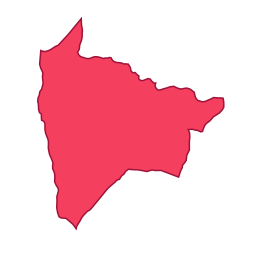 Pitangueiras, São Paulo, Brazil (Equal Earth projection), rotated 185°
{"feature_id": "56859067B99989140869249", "entity_name": "Pitangueiras", "entity_type": "district", "adm_level": 2, "iso_a3": "BRA", "parent_name": "Brazil", "parent_adm1": "São Paulo", "projection": "equal_earth", "projection_center": [-48.264, -21.003], "detail": "fine", "context": "isolated", "style": "filled", "palette": "rose", "viewbox_px": 256, "rotation_deg": 185, "n_neighbors": 0, "source": "geoboundaries", "source_scale": "gbopen_adm2", "svg_char_len": 2381}
<svg xmlns="http://www.w3.org/2000/svg" viewBox="0 0 256 256"><g transform="rotate(185 128 128)"><path d="M34.4,157.1L34.6,159.8L35.0,162.8L35.9,166.0L38.7,166.0L40.7,165.8L45.4,165.8L48.5,163.8L50.2,163.0L53.4,161.2L56.2,160.6L58.3,161.0L60.8,161.5L62.8,163.3L64.1,165.9L65.1,169.3L69.2,172.0L72.8,172.9L75.4,172.4L77.7,171.6L79.7,171.5L81.9,172.0L83.8,172.6L86.0,173.5L89.4,172.8L92.6,171.4L96.4,170.0L99.0,168.8L101.5,168.4L103.6,170.2L104.8,172.5L104.3,175.2L106.2,175.0L108.3,176.6L110.0,178.6L112.2,179.0L114.9,177.7L117.1,176.6L119.6,176.4L121.7,178.0L121.7,180.8L123.7,182.0L125.8,183.9L127.9,183.4L130.0,185.1L130.9,188.4L133.2,191.6L135.7,191.7L137.7,191.4L140.1,192.2L142.9,192.3L145.2,192.3L147.4,192.9L149.2,193.8L151.0,196.5L152.8,196.6L154.6,195.8L156.6,195.8L158.4,195.1L160.7,195.6L163.9,196.2L167.0,196.2L169.3,195.4L172.1,193.9L175.5,193.6L178.5,194.3L181.4,195.0L183.4,196.5L184.8,199.1L183.4,202.2L183.3,206.7L182.0,211.2L181.6,215.0L181.9,218.1L181.9,221.4L183.4,227.1L184.1,232.9L195.7,216.0L204.7,204.4L207.6,202.8L209.5,201.3L211.7,199.5L214.5,197.9L217.6,196.9L219.6,197.0L221.6,197.6L221.6,183.9L220.1,179.9L218.6,177.4L217.6,175.3L217.7,171.8L217.1,168.4L216.4,165.2L217.4,159.3L219.0,156.5L219.3,152.8L220.2,150.3L220.3,146.8L219.5,144.4L219.1,142.1L218.7,138.6L217.5,135.6L215.6,134.4L215.2,131.2L214.8,128.2L212.4,127.4L211.1,125.0L210.6,119.2L209.6,115.6L206.5,109.2L206.0,106.8L205.6,100.7L204.0,95.2L202.3,92.0L199.7,86.9L199.8,83.2L199.4,80.6L197.8,77.8L196.9,75.1L196.6,72.6L196.4,68.1L194.5,64.6L192.4,61.9L191.8,59.5L192.9,53.3L192.4,49.4L192.2,45.6L192.0,42.2L190.7,37.4L189.1,33.8L187.1,32.6L181.9,32.6L179.6,31.0L174.6,27.4L170.9,23.1L170.5,25.8L169.0,28.8L167.8,31.0L166.9,33.2L165.8,35.5L164.2,37.8L162.7,39.6L161.2,41.5L159.5,42.5L158.0,44.0L147.8,58.8L145.7,61.9L142.8,66.1L139.8,69.3L136.5,72.6L134.5,75.1L132.1,76.1L130.2,79.7L128.0,81.8L126.3,85.0L123.8,87.0L120.8,86.9L117.5,87.0L113.9,87.2L105.3,86.3L100.4,88.3L97.4,88.0L91.3,88.6L73.3,83.5L72.6,86.6L71.7,90.3L70.5,93.2L70.4,95.7L68.9,97.8L67.2,100.7L67.1,105.5L66.2,108.3L64.9,111.5L65.2,114.4L65.7,120.1L65.6,124.2L66.3,128.8L67.9,131.7L65.2,132.2L63.0,132.3L60.7,131.7L58.9,131.8L55.3,130.5L53.5,131.1L52.5,135.1L51.4,137.9L49.7,140.0L47.2,142.1L45.6,144.2L43.9,146.6L41.8,148.2L38.2,151.0L35.7,154.2L34.4,157.1Z" fill="#f43f5e" stroke="#9f1239" stroke-width="1.5"/></g></svg>